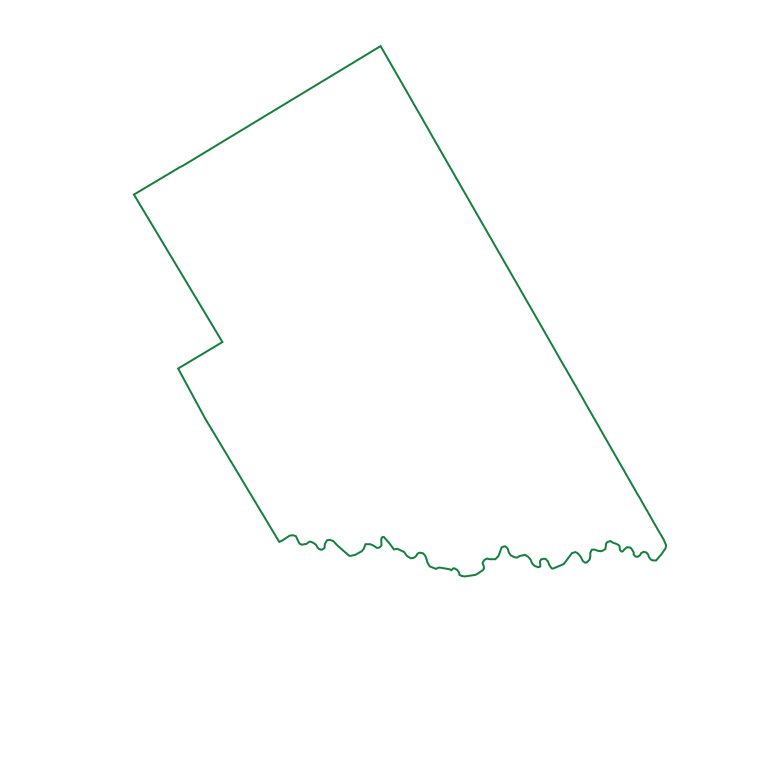 McCurtain, Oklahoma, United States of America, rotated 329°
{"feature_id": "52423323B44791515343286", "entity_name": "McCurtain", "entity_type": "district", "adm_level": 2, "iso_a3": "USA", "parent_name": "United States of America", "parent_adm1": "Oklahoma", "projection": "equal_earth", "projection_center": [-94.759, 34.062], "detail": "fine", "context": "isolated", "style": "outline", "palette": "green", "viewbox_px": 768, "rotation_deg": 329, "n_neighbors": 0, "source": "geoboundaries", "source_scale": "gbopen_adm2", "svg_char_len": 2550}
<svg xmlns="http://www.w3.org/2000/svg" viewBox="0 0 768 768"><g transform="rotate(329 384 384)"><path d="M212.9,321.5L212.9,465.4L216.1,465.8L225.2,465.4L228.3,466.9L230.1,469.1L229.4,475.4L229.5,477.4L230.6,479.3L235.1,481.1L238.8,480.7L240.1,481.6L241.2,483.1L242.9,486.5L242.8,490.1L243.5,492.3L245.2,494.0L248.4,494.0L250.9,490.7L254.7,488.6L257.5,489.9L259.7,492.7L260.8,498.2L265.6,513.1L266.8,514.1L271.4,515.6L278.8,515.9L281.7,514.9L285.6,511.8L289.7,514.2L292.0,517.5L293.4,520.8L295.5,521.7L298.0,521.5L298.8,520.9L301.5,515.9L302.9,514.7L303.9,514.4L305.1,515.2L306.6,523.4L307.3,530.9L310.6,532.2L314.7,538.3L315.1,543.3L317.2,547.2L319.6,548.2L321.4,548.3L323.1,547.9L325.1,546.8L327.0,546.7L328.3,547.4L329.5,548.5L330.3,549.4L330.8,552.1L330.7,554.1L329.4,559.0L329.2,562.0L329.4,564.1L333.4,569.3L336.0,569.4L338.0,570.7L344.8,576.6L345.9,578.3L348.2,577.7L349.3,578.1L350.9,580.8L351.2,584.3L350.4,586.4L351.6,588.4L354.2,590.6L364.1,594.7L367.9,594.8L373.2,594.4L374.7,593.6L375.6,591.9L376.2,588.3L377.6,587.3L379.8,586.5L382.5,586.7L383.9,588.3L389.1,591.5L393.5,590.4L400.8,584.6L402.8,585.0L404.2,585.6L405.0,587.3L405.2,589.2L404.2,592.7L404.4,596.1L406.7,599.8L408.6,601.3L411.6,601.3L416.8,603.0L418.4,605.9L419.3,610.1L418.5,614.0L419.2,616.7L419.5,617.6L421.8,620.5L423.9,620.9L425.1,619.0L425.9,617.0L427.0,615.9L428.4,615.3L430.5,615.9L432.4,617.0L433.2,620.9L432.5,623.2L432.5,626.1L432.8,628.4L433.9,629.3L445.3,630.9L458.0,625.8L461.4,626.6L462.7,628.5L463.3,630.8L463.6,633.5L463.3,638.1L464.4,640.8L466.0,641.4L469.8,640.4L472.1,638.1L473.6,635.2L476.7,633.1L478.9,634.1L481.5,637.2L483.5,638.9L485.7,639.5L488.7,639.5L490.3,637.7L491.9,635.4L493.8,634.5L497.3,635.3L498.6,638.1L500.6,640.4L502.1,642.7L502.3,644.6L501.0,647.1L500.9,648.9L501.6,650.2L502.6,650.4L504.7,649.6L508.4,649.1L510.9,651.2L511.3,653.3L511.3,657.0L510.2,658.7L510.6,661.2L512.3,662.7L515.0,662.7L517.4,661.4L520.2,661.6L522.2,663.7L522.6,666.7L521.9,668.3L522.3,671.9L523.6,673.7L526.4,675.4L534.4,672.7L540.8,669.8L542.8,667.3L543.6,661.4L543.7,651.3L543.8,644.7L544.2,628.6L544.2,626.2L544.6,613.2L544.5,609.7L545.0,587.5L545.0,587.4L545.0,585.5L545.1,583.8L545.5,562.3L545.6,557.9L545.7,553.4L545.7,553.2L546.1,535.4L546.4,521.5L546.8,501.9L546.9,501.7L547.6,464.9L547.6,462.8L547.7,454.4L547.8,452.1L548.7,411.3L548.7,409.9L550.9,300.0L553.0,194.0L553.2,189.1L553.7,160.9L553.9,153.3L554.0,149.9L555.1,92.6L323.3,93.3L320.9,93.0L267.2,92.8L267.1,264.8L215.5,264.7L212.9,321.5Z" fill="none" stroke="#15803d" stroke-width="2"/></g></svg>